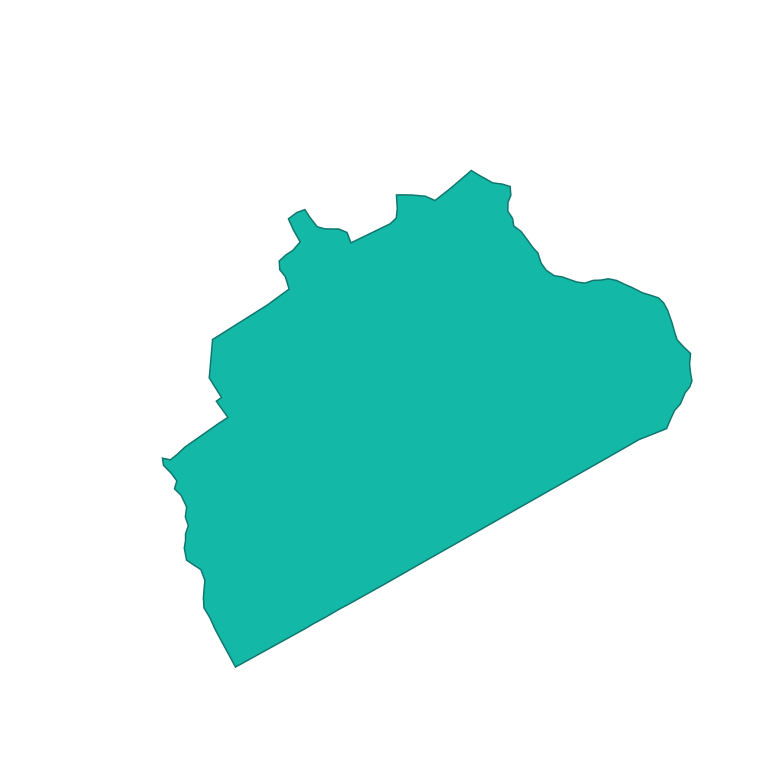 Nova Veneza, Santa Catarina, Brazil (Mercator projection), rotated 147°
{"feature_id": "56859067B1562580013950", "entity_name": "Nova Veneza", "entity_type": "district", "adm_level": 2, "iso_a3": "BRA", "parent_name": "Brazil", "parent_adm1": "Santa Catarina", "projection": "mercator", "projection_center": [-49.6, -28.698], "detail": "fine", "context": "isolated", "style": "filled", "palette": "teal", "viewbox_px": 768, "rotation_deg": 147, "n_neighbors": 0, "source": "geoboundaries", "source_scale": "gbopen_adm2", "svg_char_len": 1551}
<svg xmlns="http://www.w3.org/2000/svg" viewBox="0 0 768 768"><g transform="rotate(147 384 384)"><path d="M146.4,205.8L136.3,212.6L129.2,215.0L124.1,218.8L120.8,226.5L116.7,234.5L110.3,242.6L112.4,251.4L114.1,261.4L112.3,268.3L109.2,278.2L106.0,291.3L105.3,299.7L106.9,306.7L112.0,313.1L117.8,320.0L123.1,329.3L127.9,336.6L132.6,344.2L138.6,350.1L145.7,353.1L152.0,356.9L160.5,359.2L166.6,364.3L171.9,371.1L176.3,376.8L182.3,382.2L186.0,391.0L186.4,399.9L183.6,409.9L184.8,417.5L185.3,427.5L186.0,437.4L189.1,445.9L186.0,452.8L186.0,461.6L181.0,468.9L174.9,473.1L170.6,480.9L176.0,487.3L183.3,493.5L190.0,506.2L194.5,515.5L221.4,511.9L241.3,510.1L247.0,518.9L257.0,526.8L264.5,531.9L270.6,535.8L277.2,524.1L283.3,516.5L291.7,515.0L334.8,520.4L332.5,531.2L337.4,538.5L343.0,542.2L349.2,546.4L354.4,552.3L355.4,564.1L355.4,573.4L363.7,575.3L374.2,574.6L376.1,562.3L376.9,548.8L387.7,545.7L395.7,545.7L404.9,544.2L409.2,536.6L408.3,527.7L411.9,515.3L438.6,513.8L503.5,514.7L527.3,484.2L527.6,461.2L534.0,460.9L533.1,441.0L543.9,441.0L585.2,439.5L596.6,437.5L604.5,436.8L610.2,442.5L613.2,435.9L611.1,425.3L610.5,415.6L616.8,410.2L614.8,401.3L616.5,388.3L623.0,380.7L625.3,371.7L632.0,366.5L635.8,360.7L640.8,355.3L645.5,343.8L641.8,335.0L638.7,328.1L641.1,317.0L646.8,309.7L651.9,303.1L656.9,294.3L657.3,282.8L659.3,269.8L662.7,227.5L583.6,221.8L573.8,221.4L560.3,220.3L544.8,219.6L535.1,218.7L490.0,215.7L448.3,213.3L241.6,200.8L200.5,198.5L171.3,192.7L162.9,198.4L154.8,203.5L146.4,205.8Z" fill="#14b8a6" stroke="#0f766e" stroke-width="1.5"/></g></svg>